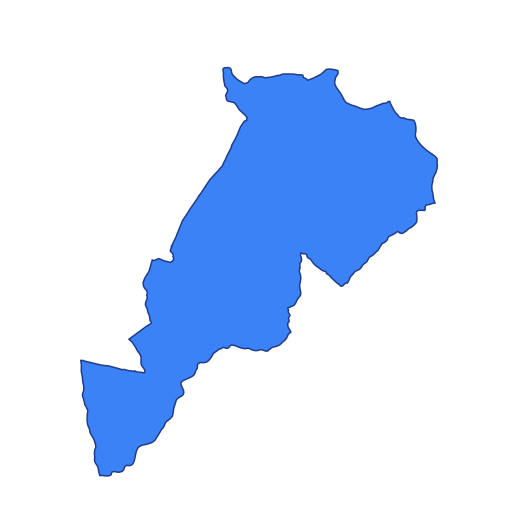 Tena, Cundinamarca, Colombia (Mercator projection), rotated 350°
{"feature_id": "7082276B40758433755427", "entity_name": "Tena", "entity_type": "district", "adm_level": 2, "iso_a3": "COL", "parent_name": "Colombia", "parent_adm1": "Cundinamarca", "projection": "mercator", "projection_center": [-74.399, 4.648], "detail": "fine", "context": "isolated", "style": "filled", "palette": "blue", "viewbox_px": 512, "rotation_deg": 350, "n_neighbors": 0, "source": "geoboundaries", "source_scale": "gbopen_adm2", "svg_char_len": 6049}
<svg xmlns="http://www.w3.org/2000/svg" viewBox="0 0 512 512"><g transform="rotate(350 256 256)"><path d="M64.0,445.0L66.6,445.5L71.1,446.8L73.5,446.9L74.6,446.6L75.3,446.3L75.8,445.0L76.9,443.6L78.3,443.6L80.2,444.0L81.6,444.7L84.0,445.2L86.6,444.9L88.6,443.6L89.9,441.0L90.7,440.3L91.7,439.9L92.7,439.8L94.8,440.5L96.6,440.3L98.4,439.5L99.9,437.6L101.3,434.9L102.8,430.9L104.4,427.3L105.7,425.2L106.9,424.1L108.8,423.0L112.0,422.5L115.8,422.4L119.8,421.9L122.2,421.2L124.6,419.8L130.7,413.0L132.4,410.8L135.0,408.8L138.2,404.2L139.8,403.1L143.0,401.5L145.7,399.4L146.9,396.9L148.5,391.9L152.5,384.0L154.0,382.8L156.1,381.7L158.1,381.2L160.2,379.8L161.2,378.0L161.3,375.7L159.8,369.7L159.9,368.3L160.6,367.3L161.9,366.4L163.8,365.7L168.8,364.5L172.5,363.4L174.6,362.1L177.5,357.5L178.5,356.7L178.9,355.9L179.3,353.5L179.6,352.7L180.4,352.0L182.0,351.4L183.3,351.3L185.4,351.9L188.7,351.9L190.5,351.2L192.9,349.4L195.2,347.0L196.6,345.2L197.9,344.1L200.6,342.9L203.8,341.2L205.6,341.2L207.3,340.4L208.3,340.4L210.3,341.5L211.6,341.9L212.8,341.7L215.4,339.7L216.2,339.5L216.9,339.5L219.5,340.5L225.4,344.0L228.6,345.3L232.4,345.4L236.0,347.9L238.6,349.0L241.0,349.4L243.3,349.1L245.0,349.1L248.6,351.1L249.9,351.5L251.1,351.6L253.1,350.2L253.7,350.2L254.9,349.2L256.7,348.7L260.7,348.5L263.2,347.9L265.2,346.9L267.1,345.5L269.6,344.1L271.0,343.0L272.7,341.0L273.6,339.6L274.9,338.2L277.1,337.0L276.9,335.9L275.7,332.8L275.2,330.9L275.4,328.6L276.0,327.2L277.1,326.4L277.4,325.9L277.2,323.0L277.7,321.9L278.8,321.1L279.1,320.4L278.9,319.0L278.2,317.6L278.1,316.8L278.2,315.6L278.7,315.0L278.2,313.5L278.5,312.5L280.2,312.4L284.6,311.2L285.7,310.5L286.8,309.3L289.1,306.0L292.7,302.7L293.4,301.5L293.7,299.3L293.7,292.8L295.2,289.0L296.3,285.5L296.5,282.0L296.1,280.0L296.0,278.6L296.4,277.1L297.3,275.6L297.8,271.0L299.5,269.4L300.1,268.3L300.4,265.4L299.9,263.4L300.1,262.5L300.5,261.3L300.9,260.8L302.9,262.1L304.9,262.3L305.9,263.3L306.2,264.2L306.4,265.8L306.7,266.7L308.4,267.9L309.3,269.2L311.3,273.2L312.9,275.6L316.9,279.7L318.2,281.3L320.1,282.6L321.8,283.3L322.3,284.2L322.3,285.3L323.1,286.3L324.7,287.5L326.8,291.0L329.9,295.1L331.3,296.9L333.3,298.8L333.8,299.9L334.7,300.6L336.2,300.5L338.2,299.0L340.0,298.2L341.3,298.5L343.2,296.2L345.2,293.1L345.9,292.3L348.0,291.0L349.6,289.4L351.4,288.2L353.6,287.7L355.8,287.0L357.4,285.8L359.8,283.2L361.9,282.0L363.3,281.5L364.6,280.4L366.7,277.6L368.1,276.5L370.6,275.8L377.2,271.5L382.0,265.9L383.0,265.5L384.3,265.2L387.2,263.7L388.4,262.4L389.1,260.7L391.0,259.6L394.8,258.6L397.9,257.3L399.1,256.6L399.7,256.7L400.6,257.1L401.2,257.9L402.1,258.6L403.6,259.1L405.1,258.8L409.0,257.1L410.3,256.1L411.8,255.3L413.8,254.8L415.2,254.1L418.6,251.9L420.1,250.3L421.1,246.7L421.1,245.6L421.3,244.5L421.5,241.0L422.9,239.5L424.6,239.3L427.6,239.8L429.5,240.4L430.7,239.8L430.8,238.3L431.3,236.5L432.4,235.4L435.3,235.4L440.0,234.8L441.4,235.0L441.3,233.7L440.9,232.0L440.8,230.6L441.0,223.8L440.7,222.2L441.0,220.3L441.0,218.9L441.6,216.5L443.0,213.4L443.5,211.4L444.3,209.6L447.7,204.8L449.6,201.1L450.3,198.5L450.5,195.4L451.0,193.8L451.1,191.4L450.5,190.2L449.4,188.7L447.7,186.9L442.0,181.2L438.0,175.8L436.2,172.8L434.9,170.0L433.9,166.7L434.0,163.9L435.1,160.9L435.8,157.4L435.9,153.4L435.3,150.6L434.8,149.7L432.9,148.9L428.1,147.5L425.7,145.7L423.1,145.3L421.0,143.8L419.8,141.2L418.5,139.5L417.2,136.6L415.0,129.6L414.6,127.0L413.0,126.8L411.4,128.0L410.1,128.0L408.4,127.7L400.9,129.0L397.0,130.2L393.6,130.7L389.6,130.6L387.5,130.2L383.9,128.3L380.1,125.9L376.8,124.3L371.6,120.8L370.2,118.5L368.6,113.4L367.3,110.0L364.5,104.1L363.4,100.3L363.9,97.6L365.3,94.2L366.7,92.5L368.0,91.3L368.8,89.3L368.9,87.9L367.4,86.8L363.8,85.5L360.0,84.5L357.6,84.5L351.8,88.2L343.3,90.8L337.4,91.9L336.4,90.5L333.8,88.4L333.4,85.9L330.0,85.0L329.1,85.0L324.7,83.4L315.6,81.7L313.6,81.5L309.6,82.3L308.7,81.8L306.2,82.2L301.6,82.4L295.9,82.1L293.8,80.9L292.3,80.3L289.5,80.0L287.2,79.4L285.4,79.5L282.6,80.3L280.1,81.8L278.7,83.4L276.9,84.0L274.1,84.1L268.2,78.9L264.6,73.7L263.9,71.8L263.8,67.7L262.9,66.4L261.0,65.4L259.8,65.6L257.9,65.1L256.5,65.6L255.8,66.6L255.7,70.5L255.0,73.5L254.8,77.4L254.9,83.2L256.6,86.0L257.0,87.8L256.5,88.9L254.0,92.6L254.0,93.5L254.2,94.3L254.1,96.2L254.6,98.1L255.9,98.9L259.8,100.5L261.6,101.7L262.7,103.7L265.0,109.2L269.5,115.0L271.0,117.6L270.6,119.6L270.6,120.6L270.3,120.9L267.8,121.2L263.1,126.2L258.1,134.1L254.6,138.8L251.4,142.6L250.3,145.1L244.4,152.9L242.7,155.6L240.8,158.0L238.4,161.6L235.5,163.7L234.8,164.5L228.7,169.0L223.9,172.8L217.9,179.0L212.5,184.8L209.9,187.1L207.9,189.5L199.5,198.0L195.3,202.7L190.1,208.0L189.1,209.4L183.5,218.5L182.0,220.7L181.5,221.9L175.1,230.9L175.3,231.1L175.0,231.5L174.4,231.6L174.6,232.6L174.2,232.7L173.0,234.8L172.6,235.7L172.6,236.8L173.7,238.0L174.6,240.1L174.5,242.0L174.1,242.3L174.4,242.8L174.3,244.6L173.7,245.9L170.9,247.5L164.9,244.9L160.9,242.3L159.5,241.7L157.7,242.0L156.4,242.5L154.9,242.7L153.8,242.5L153.3,242.4L153.1,242.0L148.1,252.4L142.3,258.9L140.1,262.8L140.0,265.9L140.5,267.9L142.0,270.5L142.6,272.6L142.5,273.7L141.5,275.7L141.8,277.6L141.1,279.5L139.3,282.4L138.6,284.8L139.0,286.8L139.7,289.5L139.8,293.0L140.3,294.3L140.6,296.6L140.5,301.4L141.4,302.9L141.1,303.9L140.1,304.5L135.5,306.4L116.4,315.9L119.0,319.2L121.3,324.4L123.1,329.8L123.8,330.7L124.9,333.3L125.2,335.7L125.1,337.1L124.2,340.9L124.2,342.4L124.3,343.8L126.7,348.9L126.7,349.5L126.4,350.6L125.8,351.5L124.5,351.4L123.7,350.9L119.3,349.7L117.1,348.5L117.2,348.8L109.8,346.5L106.8,344.9L105.4,344.8L104.1,344.5L92.4,338.9L84.9,336.7L68.4,329.5L67.7,329.1L67.7,328.9L65.3,328.4L65.1,333.0L63.9,339.4L64.0,344.3L63.6,349.8L63.7,355.2L63.2,357.8L60.9,362.7L60.9,364.2L61.5,368.0L61.6,372.8L62.5,374.9L63.5,379.0L62.2,383.2L61.1,388.4L60.9,391.8L61.0,393.5L61.9,397.5L62.0,399.2L61.9,400.5L62.1,401.7L63.1,404.6L64.4,407.9L65.2,413.1L65.1,416.2L64.5,417.6L63.7,418.7L62.7,421.5L62.2,426.4L61.6,428.4L61.5,430.1L62.0,432.1L63.5,435.7L63.7,437.2L63.7,441.0L64.0,445.0Z" fill="#3b82f6" stroke="#1e3a8a" stroke-width="1.5"/></g></svg>